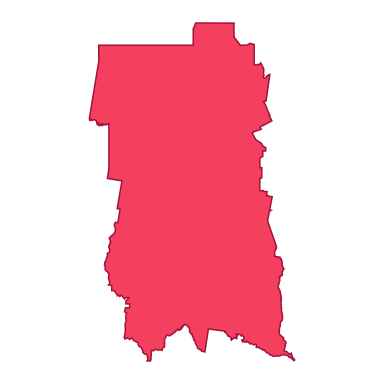 Benalla, Victoria, Australia
{"feature_id": "25037944B90980309349747", "entity_name": "Benalla", "entity_type": "district", "adm_level": 2, "iso_a3": "AUS", "parent_name": "Australia", "parent_adm1": "Victoria", "projection": "natural_earth1", "projection_center": [146.082, -36.59], "detail": "fine", "context": "isolated", "style": "filled", "palette": "rose", "viewbox_px": 384, "rotation_deg": 0, "n_neighbors": 0, "source": "geoboundaries", "source_scale": "gbopen_adm2", "svg_char_len": 6068}
<svg xmlns="http://www.w3.org/2000/svg" viewBox="0 0 384 384"><path d="M234.1,23.1L195.6,23.0L194.0,27.6L193.3,28.3L193.2,45.2L98.7,45.2L98.8,61.2L89.8,115.7L89.4,118.1L89.7,118.1L89.9,118.7L89.7,119.2L90.5,119.3L90.6,119.9L89.9,119.8L89.7,120.1L90.3,120.5L91.4,119.6L92.1,120.4L94.0,119.6L95.4,119.9L95.5,120.5L96.4,120.7L96.6,121.7L96.6,122.3L96.9,122.8L98.0,122.7L96.9,124.0L97.1,124.3L98.2,124.2L98.2,124.9L98.8,125.2L98.9,125.6L99.3,125.8L99.7,125.6L99.7,124.8L100.0,124.5L100.5,125.3L100.8,125.2L101.3,124.4L101.4,124.9L101.9,125.3L101.8,124.7L102.3,124.1L102.5,124.2L102.8,123.9L103.1,124.4L103.7,124.1L104.1,124.2L104.1,124.8L104.7,124.5L105.9,125.0L106.8,124.1L107.5,124.4L108.4,124.2L108.6,123.8L108.6,123.4L108.9,123.3L108.9,168.9L107.4,178.4L121.9,180.9L117.2,208.7L120.1,209.2L117.8,222.7L115.4,222.3L114.4,224.2L114.4,226.1L115.0,227.0L115.5,230.2L115.3,231.1L114.3,233.3L112.4,235.3L110.7,236.3L110.3,237.2L109.4,237.9L109.3,238.6L110.6,241.2L110.4,241.7L110.7,242.2L110.2,243.1L109.9,243.2L109.2,245.5L108.9,245.8L108.9,247.5L109.6,249.9L109.7,251.2L108.9,252.9L107.4,253.2L107.2,253.7L107.4,256.2L106.8,257.3L106.0,260.2L104.8,262.4L104.5,265.1L105.0,266.0L105.3,267.6L105.0,268.4L105.1,269.0L105.5,270.3L107.6,271.9L109.0,274.4L108.4,278.5L109.6,281.9L109.6,283.6L108.6,285.0L109.9,285.0L110.7,285.5L111.7,285.7L111.7,290.7L114.4,290.7L116.3,293.8L117.4,295.1L117.4,295.7L118.4,295.0L119.6,296.5L121.2,295.1L124.5,298.9L126.1,297.6L128.9,297.6L128.7,298.4L125.9,300.8L125.9,303.9L129.6,303.9L129.6,307.7L125.4,307.7L125.5,308.7L125.1,309.3L124.6,311.1L124.7,311.9L126.7,313.1L126.1,314.3L125.9,315.3L125.8,318.0L126.1,321.4L125.3,323.3L125.1,324.5L125.4,329.6L125.0,333.6L124.2,337.2L124.8,339.0L127.3,337.9L129.1,338.8L129.6,339.4L130.3,339.1L131.0,338.1L131.6,337.9L133.8,340.6L136.5,342.0L137.1,342.1L138.0,343.1L138.0,344.3L139.2,346.5L139.4,346.8L140.4,346.7L141.5,347.9L141.6,348.6L142.5,349.9L142.5,350.3L142.9,350.9L142.8,352.5L144.9,354.2L146.4,354.3L147.5,355.3L147.2,356.2L147.8,357.8L147.6,360.0L147.1,360.9L150.2,361.0L151.0,359.9L151.0,356.7L151.4,353.9L151.2,351.5L152.0,350.3L153.2,350.9L153.5,350.5L155.0,349.9L155.6,349.2L157.7,350.1L159.2,349.9L160.5,350.1L161.2,349.9L162.1,350.3L162.8,347.6L164.4,347.0L164.7,346.3L164.5,345.0L164.7,342.2L164.4,340.6L164.6,339.3L165.7,337.5L165.9,336.3L166.4,336.0L166.6,335.5L167.4,335.0L169.3,335.9L170.5,334.9L170.9,335.0L171.4,334.5L171.9,334.6L173.3,333.1L173.7,333.1L174.8,331.9L175.3,332.0L176.1,330.6L177.7,329.8L177.9,329.0L177.9,329.8L178.3,330.1L178.7,330.1L178.6,329.6L179.3,330.2L180.2,329.3L180.6,329.5L180.9,329.1L181.2,329.1L181.5,328.2L181.9,327.9L181.4,327.3L182.6,327.0L182.7,326.0L183.3,326.2L184.4,324.5L184.8,324.4L185.1,324.7L186.6,324.9L187.3,325.6L187.4,326.4L188.6,327.1L189.6,329.2L189.7,330.1L189.4,330.7L189.5,331.9L189.9,332.5L191.0,333.2L191.1,334.0L191.8,333.7L192.2,334.1L192.1,335.1L192.3,336.0L193.1,336.7L193.4,338.8L194.0,339.5L194.1,340.5L194.4,340.5L195.1,341.5L195.5,343.5L195.7,344.0L196.1,344.2L197.4,347.2L197.5,348.1L199.0,349.1L199.6,349.1L200.4,350.0L201.3,350.0L201.5,351.0L202.1,351.3L204.9,351.9L208.4,328.9L225.0,331.2L224.9,332.3L225.9,332.4L226.0,332.9L227.3,334.5L227.4,335.4L227.8,336.0L229.1,336.2L231.1,337.7L231.0,339.6L231.4,340.2L233.0,338.6L235.7,337.6L236.4,338.7L236.7,338.6L237.0,337.9L236.8,336.4L237.2,335.7L236.6,335.5L236.5,334.7L236.1,334.0L241.8,335.0L241.3,335.8L242.8,336.0L244.2,337.1L243.4,340.1L242.1,339.7L241.8,339.9L241.8,340.2L242.3,340.5L242.3,341.3L242.7,341.9L243.6,341.5L244.4,341.9L246.5,342.2L246.8,341.9L246.8,341.1L247.1,341.0L247.8,341.5L248.0,342.1L248.6,342.3L249.4,343.3L250.3,344.0L252.0,343.5L253.3,344.7L253.7,344.8L254.8,344.7L255.3,344.2L255.7,344.2L256.2,344.8L256.6,345.8L256.2,347.3L259.1,347.6L260.1,348.5L261.9,349.0L262.9,350.2L264.0,349.8L264.9,350.9L265.8,351.3L266.4,352.6L267.9,352.8L268.4,353.5L269.4,354.0L269.7,354.8L272.0,355.4L272.7,356.1L275.0,356.3L277.0,355.8L278.9,356.1L283.5,354.4L284.0,354.9L286.4,355.2L288.2,356.0L289.2,357.4L290.7,357.5L293.7,360.5L294.4,360.6L294.6,359.6L292.4,357.3L292.5,356.7L291.5,354.7L291.6,354.3L291.3,353.2L290.8,353.7L289.6,354.1L287.3,352.3L286.6,351.4L284.7,351.4L284.2,351.0L284.6,348.0L285.3,346.0L285.3,344.5L285.9,343.2L285.7,341.6L283.4,339.5L283.6,337.8L280.0,334.9L279.4,333.9L279.2,332.5L279.5,328.0L280.1,326.6L280.2,324.5L280.7,321.9L281.1,321.2L282.2,320.4L282.6,317.8L282.2,313.6L281.5,311.0L281.3,309.2L281.6,308.6L281.0,305.7L281.3,304.8L281.0,303.5L281.2,300.3L281.4,299.5L281.1,298.8L281.4,298.2L281.1,297.9L281.2,296.7L281.0,295.9L280.7,295.6L280.9,294.6L280.3,293.5L280.4,292.6L280.0,291.1L280.0,290.6L279.6,290.3L279.1,289.5L279.2,289.1L278.8,288.9L277.9,286.1L278.9,284.5L279.0,283.6L278.6,283.2L278.8,282.6L279.3,282.0L279.9,280.4L279.6,279.3L279.9,278.5L279.4,276.6L279.9,276.3L280.9,276.3L281.7,275.3L282.5,275.0L282.5,274.1L282.0,273.2L282.2,272.7L282.2,271.6L282.7,271.2L283.0,270.0L284.1,268.8L283.2,268.3L282.9,266.8L282.1,266.1L282.4,265.3L282.1,264.7L282.3,263.2L281.8,262.5L282.0,260.6L281.2,259.8L281.3,259.3L281.0,258.7L280.6,258.6L280.0,257.8L280.0,257.2L275.2,256.5L274.9,255.6L274.5,255.6L274.8,252.8L274.4,251.9L276.2,248.9L276.5,247.3L276.1,247.1L276.3,246.0L267.6,221.0L269.2,212.0L270.6,210.4L271.0,210.2L269.7,209.9L272.2,196.6L269.2,196.4L267.9,195.4L266.4,195.7L267.1,191.6L263.5,191.6L263.5,190.7L259.8,190.6L259.8,178.5L260.6,178.5L261.8,177.7L261.8,167.7L259.9,167.7L259.9,158.0L262.8,156.5L262.8,151.0L265.5,151.0L265.4,150.6L265.7,150.4L265.8,149.5L265.6,148.4L265.8,147.8L262.8,146.0L261.6,143.5L255.7,139.5L252.1,132.8L254.8,131.4L261.2,129.3L259.9,127.1L271.9,120.8L269.2,115.6L269.9,115.2L268.3,112.2L266.0,106.1L263.6,101.5L265.1,101.3L266.1,100.8L269.8,74.5L267.2,75.6L265.6,77.8L265.0,78.2L264.0,78.2L263.6,77.7L263.5,77.0L263.6,76.2L264.0,75.2L263.6,73.8L263.6,71.5L263.8,70.6L263.6,69.8L263.8,68.9L260.7,62.9L259.4,64.5L257.6,64.5L256.8,65.0L254.2,64.6L254.2,44.4L249.8,43.4L247.3,45.1L240.4,45.3L234.1,37.2L233.9,25.8L234.1,23.1Z" fill="#f43f5e" stroke="#9f1239" stroke-width="1.5"/></svg>